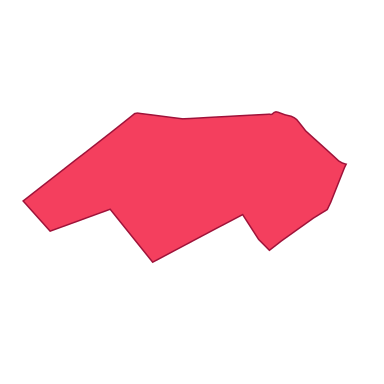 outline of Gedo, rotated 52°
{"feature_id": "SOM-2314", "entity_name": "Gedo", "entity_type": "Region", "adm_level": 1, "iso_a3": "SOM", "parent_name": "Somalia", "parent_adm1": "", "projection": "orthographic", "projection_center": [41.827, 2.779], "detail": "fine", "context": "isolated", "style": "filled", "palette": "rose", "viewbox_px": 384, "rotation_deg": 52, "n_neighbors": 0, "source": "natural_earth", "source_scale": "10m", "svg_char_len": 883}
<svg xmlns="http://www.w3.org/2000/svg" viewBox="0 0 384 384"><g transform="rotate(52 192 192)"><path d="M177.1,84.9L178.3,83.1L179.5,82.1L180.0,81.0L179.9,78.3L180.5,76.5L182.1,75.1L188.4,71.2L193.4,67.2L196.5,65.7L199.4,64.9L207.1,64.8L213.9,64.8L224.4,63.0L238.0,60.6L251.4,58.3L257.8,57.3L261.5,55.8L264.8,53.6L265.0,53.4L266.7,56.9L285.5,89.0L289.1,96.2L287.3,112.3L285.6,151.7L285.6,166.9L270.4,168.7L241.0,166.0L235.6,195.5L232.9,210.7L223.1,266.2L155.2,267.1L135.5,327.9L95.1,330.6L95.1,329.0L95.1,317.9L95.1,306.7L95.1,295.5L95.1,284.3L95.1,273.2L95.1,262.0L95.2,252.4L95.2,242.9L95.2,233.4L95.2,223.9L95.2,217.2L95.1,205.2L95.0,193.7L94.9,188.9L96.2,186.4L99.3,183.4L106.6,176.1L114.0,168.8L121.3,161.6L128.6,154.3L133.3,147.7L137.9,141.1L142.5,134.4L147.1,127.8L154.6,117.1L162.1,106.3L169.6,95.6L177.1,84.9Z" fill="#f43f5e" stroke="#9f1239" stroke-width="1.5"/></g></svg>